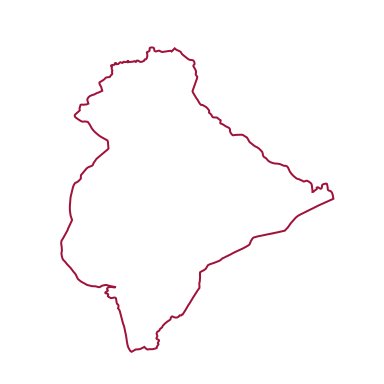 the district of Da Huoai, Lâm Đồng, Vietnam, rotated 81°
{"feature_id": "81297802B42288402015377", "entity_name": "Da Huoai", "entity_type": "district", "adm_level": 2, "iso_a3": "VNM", "parent_name": "Vietnam", "parent_adm1": "Lâm Đồng", "projection": "natural_earth1", "projection_center": [107.624, 11.452], "detail": "fine", "context": "isolated", "style": "outline", "palette": "rose", "viewbox_px": 384, "rotation_deg": 81, "n_neighbors": 0, "source": "geoboundaries", "source_scale": "gbopen_adm2", "svg_char_len": 5945}
<svg xmlns="http://www.w3.org/2000/svg" viewBox="0 0 384 384"><g transform="rotate(81 192 192)"><path d="M289.4,201.2L288.0,199.7L286.5,199.4L284.3,199.2L283.1,199.0L281.5,198.3L277.6,197.4L274.5,197.0L272.9,196.7L272.5,196.5L271.8,194.7L271.1,192.5L270.0,190.4L267.7,188.5L266.9,187.8L266.6,187.2L266.1,185.4L265.6,182.0L264.2,175.7L263.8,174.7L262.4,172.5L259.7,163.6L259.0,161.8L258.0,158.7L255.7,150.5L253.9,145.5L253.0,143.6L251.9,142.8L249.5,141.4L247.6,139.7L247.1,139.1L246.6,138.2L246.1,133.7L245.2,113.7L244.7,106.4L242.1,103.0L238.2,99.2L233.6,93.6L232.4,91.6L231.4,89.2L225.0,68.8L220.8,53.4L216.6,53.5L214.9,53.8L213.9,54.2L213.1,54.7L212.4,55.6L212.1,56.5L211.1,57.4L210.6,57.5L208.7,57.3L205.4,57.4L205.0,57.6L204.7,58.2L204.7,59.7L204.9,61.1L205.0,61.6L205.3,62.0L205.6,62.4L207.7,63.0L208.5,63.4L208.8,63.8L208.9,64.3L208.8,64.7L207.1,66.8L207.0,67.7L207.2,68.1L208.3,68.2L208.8,68.5L209.3,69.8L210.8,72.2L210.8,73.0L209.6,72.8L204.1,72.6L202.6,72.8L201.2,73.8L199.7,75.4L198.9,76.6L198.8,77.6L199.2,79.6L199.1,80.1L197.8,81.8L196.1,84.4L195.4,86.0L194.6,87.0L192.2,89.1L189.8,90.8L187.3,92.1L183.0,93.3L181.9,93.9L181.3,94.5L181.0,95.0L180.7,95.6L180.6,96.7L180.2,97.6L178.6,100.1L178.0,101.2L177.6,102.3L176.9,105.2L176.4,106.9L175.0,109.6L173.8,111.1L173.0,111.9L170.2,113.6L168.8,115.3L168.2,115.7L167.4,116.0L166.2,116.2L165.1,116.1L163.1,116.5L159.5,119.1L157.8,121.0L156.6,122.8L151.7,127.3L146.9,129.1L143.6,132.9L143.1,134.4L142.3,141.2L142.5,142.2L142.3,142.8L142.1,143.1L140.6,144.1L139.0,144.8L137.7,144.9L136.0,144.7L135.1,145.0L134.4,145.5L132.6,148.1L129.9,151.1L128.9,152.9L128.3,153.3L125.7,152.5L124.5,153.8L122.5,155.6L122.3,155.9L122.1,156.7L121.8,158.7L121.2,159.9L120.1,160.4L118.8,160.8L117.6,161.6L116.4,162.7L116.1,162.8L115.1,162.4L114.5,162.4L113.6,162.6L111.6,163.8L110.5,164.6L109.4,165.9L107.6,168.1L107.4,169.4L106.6,170.1L104.7,171.0L102.4,171.8L99.8,173.1L93.8,175.5L92.4,175.7L81.0,169.5L79.3,168.8L78.9,168.8L77.5,169.6L76.7,169.9L75.7,169.8L74.9,169.4L73.6,169.1L72.6,169.3L71.5,169.6L68.1,170.9L67.2,170.8L66.4,169.8L65.9,169.4L64.3,169.4L63.5,169.5L62.8,169.9L62.2,170.3L61.8,171.0L61.5,172.0L61.3,173.1L61.0,173.7L60.2,174.9L55.3,179.4L54.2,180.3L52.2,181.1L51.3,181.8L49.1,185.2L47.4,186.6L50.0,190.1L49.5,190.5L49.2,190.9L49.1,193.2L49.1,198.5L49.0,199.4L48.8,200.2L47.4,202.1L47.2,202.7L47.5,205.5L47.4,206.1L47.2,206.4L46.8,206.9L46.3,207.0L44.4,207.0L43.7,207.3L43.4,207.7L42.9,209.0L42.9,210.0L43.0,210.8L43.2,211.2L43.9,211.5L45.1,211.6L45.8,211.9L46.4,212.8L46.6,213.3L46.6,214.2L47.1,214.7L49.6,214.7L51.0,214.9L53.1,216.0L53.7,216.9L53.7,217.9L53.9,218.2L54.8,218.6L55.1,219.4L55.5,220.9L55.5,222.4L55.0,223.4L54.1,224.3L53.8,225.0L53.6,225.6L53.7,226.3L53.9,226.6L54.5,226.7L54.7,227.0L54.7,227.3L53.8,228.4L53.8,229.0L54.0,229.6L53.8,234.9L53.5,234.9L52.9,234.5L52.6,234.5L52.5,235.0L53.2,236.0L53.4,236.8L53.1,238.2L52.7,238.9L52.7,239.3L52.9,239.6L53.5,240.1L53.6,240.6L53.5,241.0L52.7,242.2L52.7,242.5L52.9,243.2L53.9,244.5L54.0,244.9L54.0,246.3L53.9,246.7L53.7,246.9L52.7,247.0L52.6,247.3L52.8,248.0L53.5,248.2L54.2,248.7L54.1,250.9L54.3,252.0L54.8,252.2L55.2,252.2L55.7,251.5L55.9,251.4L56.7,251.8L57.5,252.0L58.1,252.0L59.2,251.7L59.8,251.7L60.2,252.0L60.9,252.3L62.7,252.2L63.7,253.1L64.0,253.9L65.4,255.0L65.6,256.0L65.4,257.5L65.5,258.8L66.2,260.1L66.9,260.9L67.8,262.6L69.2,266.1L69.7,266.4L70.6,266.4L71.6,266.2L73.4,265.5L74.7,265.2L78.0,264.8L79.0,268.3L79.5,270.8L80.4,273.4L80.7,275.6L81.0,277.0L81.4,278.1L82.2,279.4L83.7,280.7L84.2,280.9L85.0,281.0L88.5,280.5L89.0,282.4L88.8,285.6L88.4,287.4L88.4,287.9L88.6,288.5L91.8,290.0L93.9,290.1L97.2,295.3L98.2,295.9L98.9,295.9L99.6,295.7L101.3,294.2L104.0,291.3L105.3,289.5L105.5,288.4L105.5,287.2L105.8,286.0L106.4,284.0L109.3,282.5L113.5,281.0L116.2,279.5L118.1,278.1L121.7,275.0L123.5,273.0L127.8,267.5L129.1,267.2L136.0,267.7L136.7,268.5L144.2,281.0L145.8,282.6L148.0,284.7L149.3,285.4L150.2,286.2L150.5,286.8L151.3,290.6L152.3,292.5L158.0,299.0L158.9,299.3L161.4,299.7L163.2,302.0L164.1,303.6L165.0,306.3L167.0,307.9L169.3,309.1L178.3,312.8L187.5,315.0L191.3,315.5L195.2,315.6L197.0,315.5L200.9,314.8L209.2,320.4L210.3,320.9L217.7,326.7L219.5,328.3L220.8,328.9L222.9,329.3L225.8,329.3L229.3,329.6L232.3,330.6L233.9,330.6L236.2,330.5L238.4,330.1L241.1,328.2L243.8,326.7L247.8,323.9L252.8,321.2L253.6,320.6L255.4,319.7L259.8,318.4L260.7,317.8L263.2,315.5L267.4,310.1L269.4,305.4L270.0,302.3L270.5,301.0L271.4,299.1L271.5,298.0L271.4,297.5L270.8,296.4L270.4,294.8L270.3,291.9L270.4,291.2L272.2,287.3L273.8,282.8L274.1,282.9L274.2,283.1L273.0,287.4L273.0,288.7L273.2,289.7L273.5,290.3L274.0,290.9L274.3,291.0L275.0,291.0L275.8,290.6L276.1,290.5L276.4,290.7L277.3,292.8L277.6,293.2L278.1,293.4L278.6,293.0L279.1,291.5L279.7,290.9L280.0,290.8L281.4,291.3L281.8,291.4L282.5,290.8L283.9,289.0L284.2,288.6L284.2,288.2L284.1,285.6L284.1,285.0L284.3,284.5L284.6,284.1L285.3,283.7L289.9,283.7L290.7,283.5L291.7,282.6L293.0,282.4L294.1,282.6L295.2,283.3L297.2,282.2L298.8,281.9L311.0,280.7L314.0,280.1L323.9,279.6L329.0,279.7L333.0,279.6L335.7,279.2L339.2,277.9L340.4,276.6L338.8,272.5L338.7,271.9L339.0,270.2L339.0,268.6L338.9,267.5L338.0,264.5L337.5,263.4L339.4,262.0L340.0,261.4L340.6,260.6L340.6,258.6L341.0,256.4L341.1,255.1L340.8,252.4L340.6,251.5L340.5,251.2L339.2,250.8L337.3,249.0L336.6,249.0L336.0,249.4L335.4,249.2L333.9,247.9L333.1,247.9L332.5,248.5L331.8,249.6L331.2,250.0L330.6,249.9L329.4,249.0L329.0,248.8L328.1,248.8L326.9,249.1L326.1,249.1L324.9,248.3L324.5,247.9L324.2,246.8L324.0,246.4L323.1,245.5L322.6,245.3L322.0,244.5L321.0,242.7L319.7,241.9L318.0,239.8L316.1,236.6L315.2,234.5L314.6,233.4L313.6,232.8L312.8,232.5L311.9,231.6L311.8,230.9L313.0,229.1L313.5,227.7L313.6,226.7L313.4,225.6L313.1,224.8L312.6,224.1L312.1,223.8L311.9,223.5L312.2,222.5L312.2,222.1L311.5,221.2L311.6,220.5L307.7,217.0L303.4,213.5L301.6,211.8L296.0,207.1L289.4,201.2Z" fill="none" stroke="#9f1239" stroke-width="2"/></g></svg>